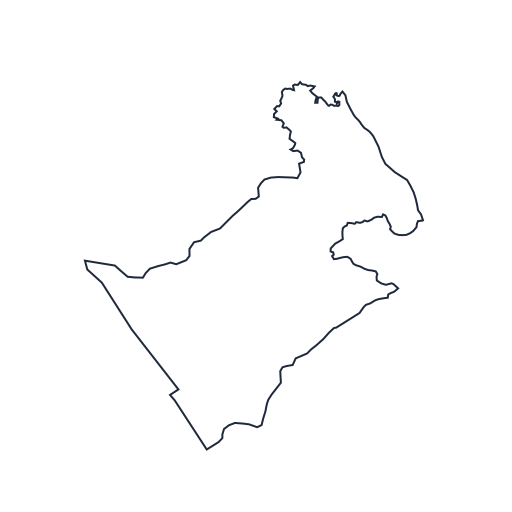 Jasin, Melaka, Malaysia (orthographic projection), rotated 218°
{"feature_id": "92858781B12493975333595", "entity_name": "Jasin", "entity_type": "district", "adm_level": 2, "iso_a3": "MYS", "parent_name": "Malaysia", "parent_adm1": "Melaka", "projection": "orthographic", "projection_center": [102.436, 2.295], "detail": "fine", "context": "isolated", "style": "outline", "palette": "slate", "viewbox_px": 512, "rotation_deg": 218, "n_neighbors": 0, "source": "geoboundaries", "source_scale": "gbopen_adm2", "svg_char_len": 3459}
<svg xmlns="http://www.w3.org/2000/svg" viewBox="0 0 512 512"><g transform="rotate(218 256 256)"><path d="M175.7,73.2L170.9,86.4L170.4,91.8L172.6,94.6L174.7,100.0L173.1,106.0L169.8,111.5L163.3,115.8L157.8,119.1L149.7,121.8L147.5,126.2L150.2,132.2L152.9,139.3L156.2,145.8L157.8,150.2L158.4,156.7L158.4,165.5L158.4,171.5L162.7,176.4L166.0,180.2L166.6,184.6L164.4,187.8L160.0,192.7L161.7,199.8L155.7,210.7L155.1,216.2L153.5,222.7L151.8,232.0L151.3,240.2L150.2,247.3L148.7,248.9L139.3,274.9L139.5,278.0L139.7,282.1L139.3,285.2L136.8,289.0L134.8,294.4L133.2,297.0L131.2,299.3L129.4,301.3L126.5,304.2L128.1,307.1L127.0,309.8L125.2,312.7L124.1,318.0L130.1,318.5L132.3,318.0L135.9,313.3L140.1,311.6L142.8,311.3L145.7,311.1L148.2,313.8L149.3,316.5L152.2,317.6L155.6,316.0L158.9,314.0L162.7,312.7L167.0,312.0L171.2,310.4L174.3,309.8L176.8,310.7L179.7,312.0L183.5,311.6L186.4,308.9L188.6,306.2L190.6,303.5L192.7,301.5L196.0,302.8L195.6,304.9L197.4,306.4L200.0,305.5L201.8,308.0L201.2,314.5L199.4,318.7L198.0,322.7L200.5,325.4L202.7,328.1L204.7,331.4L204.3,333.9L203.2,335.9L204.1,338.6L201.2,340.6L198.0,342.2L197.8,344.4L194.4,346.2L192.9,348.4L192.4,350.7L189.3,352.0L187.3,355.8L186.6,358.7L184.6,361.6L182.6,363.0L180.8,364.3L181.5,367.0L179.0,367.6L176.1,366.3L173.7,364.7L170.3,363.4L167.9,362.1L166.7,359.6L164.1,359.2L160.9,358.9L158.2,359.8L156.0,360.7L152.7,363.2L150.4,365.4L148.6,368.8L147.5,372.6L147.3,377.5L149.1,380.6L149.8,383.3L148.4,384.6L146.6,386.6L145.7,386.5L151.6,390.4L156.5,391.8L160.3,395.3L165.5,399.5L171.1,403.3L177.8,406.5L183.7,408.9L190.7,408.2L198.4,407.5L204.0,407.9L210.6,408.2L217.6,411.4L226.8,417.6L237.3,422.6L239.6,423.2L242.4,423.8L244.4,423.9L246.9,423.8L249.7,423.6L253.9,424.6L256.6,425.6L259.2,426.1L262.6,426.5L265.5,427.2L272.3,430.1L279.3,433.4L284.5,437.7L289.1,438.8L289.3,435.8L288.8,433.8L289.3,432.9L291.4,432.2L292.6,433.9L293.2,433.7L293.6,432.5L293.2,430.4L293.2,429.2L291.9,428.8L290.3,428.1L288.8,426.2L287.3,426.9L286.1,425.9L286.6,428.2L285.3,428.8L283.3,426.4L283.5,424.9L285.9,423.5L286.9,422.4L289.1,422.1L290.5,421.2L290.9,419.3L292.1,419.1L297.0,420.4L298.1,420.4L302.2,421.1L304.4,419.3L303.7,417.3L301.9,414.6L303.7,413.2L304.8,415.2L306.2,419.0L312.0,419.0L315.1,419.7L314.2,423.5L314.2,425.7L318.2,423.7L319.8,421.7L322.0,421.7L323.8,420.6L325.6,419.7L328.3,420.2L328.3,419.5L328.3,416.6L331.2,414.8L331.7,413.0L328.1,410.1L329.6,409.4L332.1,409.0L334.3,406.8L336.1,405.9L336.8,403.4L336.6,401.2L333.9,398.7L333.4,397.6L332.5,393.8L332.5,393.3L330.1,391.6L329.9,388.2L331.7,387.1L332.1,383.1L328.7,382.8L329.2,379.0L327.4,376.4L323.4,377.7L323.6,376.1L321.6,377.3L319.6,378.6L315.8,377.7L314.7,374.1L313.1,374.1L311.1,376.1L306.6,375.9L305.1,375.5L303.7,372.3L301.7,369.0L296.3,369.2L294.6,369.2L293.9,367.9L293.2,363.8L294.3,361.2L291.2,361.6L288.1,364.7L284.1,365.0L282.3,363.6L280.5,362.1L277.4,361.6L276.2,359.6L278.9,355.3L272.4,349.3L271.3,342.8L275.1,340.6L284.9,333.5L287.1,331.9L292.6,326.9L296.4,321.5L296.9,316.6L296.4,311.1L290.4,304.6L291.5,300.8L294.8,298.0L295.8,293.7L296.9,286.0L298.0,278.9L299.1,273.5L301.3,255.5L306.2,247.3L308.4,238.6L308.9,234.2L313.3,228.7L312.8,220.6L308.4,215.1L308.4,209.7L313.8,200.4L319.3,198.2L322.6,193.3L326.9,187.8L331.8,180.7L332.4,174.7L331.8,169.3L338.4,164.4L344.4,160.6L354.2,161.1L361.3,161.6L387.9,147.0L380.6,141.5L361.1,140.1L308.7,121.6L235.0,103.1L238.2,93.6L231.2,92.2L175.7,73.2Z" fill="none" stroke="#1e293b" stroke-width="2"/></g></svg>